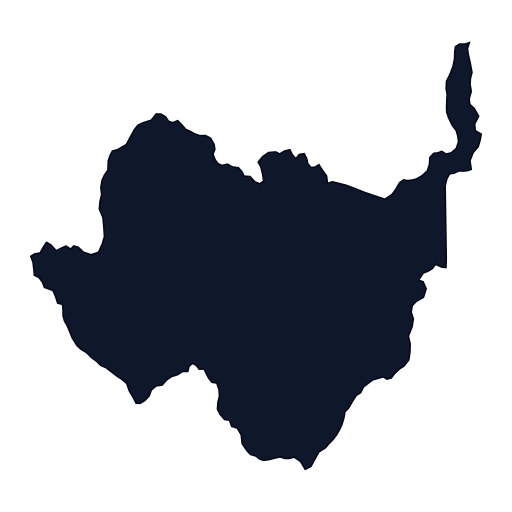 Corupá, Santa Catarina, Brazil
{"feature_id": "56859067B90375091770903", "entity_name": "Corupá", "entity_type": "district", "adm_level": 2, "iso_a3": "BRA", "parent_name": "Brazil", "parent_adm1": "Santa Catarina", "projection": "equal_earth", "projection_center": [-49.314, -26.428], "detail": "fine", "context": "isolated", "style": "filled", "palette": "ink", "viewbox_px": 512, "rotation_deg": 0, "n_neighbors": 0, "source": "geoboundaries", "source_scale": "gbopen_adm2", "svg_char_len": 3375}
<svg xmlns="http://www.w3.org/2000/svg" viewBox="0 0 512 512"><path d="M305.2,469.4L311.0,466.4L314.4,460.1L318.9,452.0L325.6,447.7L328.6,444.1L333.0,439.6L336.8,434.6L339.9,429.0L342.0,424.4L343.9,418.0L345.0,411.8L348.6,408.1L352.3,401.7L356.3,395.4L360.7,392.7L363.5,387.0L367.7,383.7L372.7,380.0L379.3,378.0L383.4,376.9L386.9,379.2L391.3,378.0L394.7,373.5L399.7,368.8L403.9,366.2L408.8,360.0L410.0,352.1L410.2,343.9L408.4,336.1L412.1,326.8L413.4,318.9L411.2,312.2L412.3,305.6L416.3,301.4L423.5,297.3L426.2,288.7L423.1,281.7L418.6,280.2L423.2,273.2L428.5,271.0L432.5,268.5L435.5,264.3L441.6,267.1L446.0,267.6L446.3,258.9L445.2,185.8L446.9,178.7L449.6,173.9L453.8,173.3L458.9,170.9L463.1,171.1L467.1,170.8L471.3,169.4L470.0,160.7L473.2,152.5L478.2,146.8L480.1,140.4L481.3,134.1L475.3,130.6L474.7,124.0L478.7,116.2L474.2,108.3L469.9,104.4L469.2,98.7L471.3,91.4L470.1,84.1L470.5,78.4L472.0,72.4L470.3,63.2L468.4,54.8L467.5,48.6L469.4,42.6L465.2,44.0L459.6,44.0L455.4,46.6L454.7,51.7L454.5,58.9L453.0,66.3L450.1,73.9L446.5,81.2L446.1,88.6L447.1,94.2L446.8,100.1L446.5,106.6L446.7,112.2L448.6,117.9L452.2,125.2L456.2,130.6L457.8,136.2L458.5,141.8L456.2,148.5L451.2,152.8L446.1,154.0L441.7,151.3L437.9,152.8L433.7,153.3L429.8,157.5L429.4,164.6L427.3,170.8L422.4,175.4L416.9,178.7L413.0,179.9L407.4,180.6L403.6,179.8L399.6,182.6L395.9,189.1L391.9,194.5L384.8,199.2L364.4,192.3L354.9,188.5L345.8,185.1L332.2,181.7L327.5,183.5L326.6,175.9L322.5,170.2L318.9,164.6L315.1,167.1L311.1,167.5L307.8,163.7L306.7,158.4L304.2,153.6L299.3,154.4L295.8,158.7L292.2,154.4L289.9,149.7L284.4,151.0L279.7,153.9L275.7,151.9L268.6,152.5L262.7,156.5L258.1,162.1L260.8,166.9L262.7,174.5L263.6,181.2L259.7,183.7L254.9,181.8L250.1,176.5L244.1,176.1L241.9,171.6L238.5,167.7L232.4,166.9L227.5,164.1L221.8,165.4L217.9,163.5L215.2,159.8L213.0,154.2L214.9,149.4L214.1,144.3L210.6,138.1L205.4,135.5L199.7,135.6L194.1,133.6L190.5,131.4L185.8,129.4L181.4,124.3L177.7,120.6L172.7,122.7L168.6,121.3L165.8,117.0L161.2,114.1L156.2,113.9L151.3,120.1L142.6,122.9L138.0,125.1L134.5,129.4L130.0,137.5L126.3,144.5L121.2,147.5L117.4,149.7L112.4,151.0L110.1,155.3L108.2,160.9L107.9,170.0L104.3,175.3L102.0,180.4L100.8,187.4L101.6,194.5L100.0,201.3L99.3,209.0L102.9,217.5L103.8,227.2L104.4,236.7L102.1,244.3L98.5,252.2L91.2,254.7L83.6,252.2L78.1,247.1L73.7,245.9L70.7,249.1L66.1,246.0L61.7,247.9L56.2,250.7L51.0,244.9L46.5,242.3L43.6,246.6L40.0,253.0L34.7,253.8L30.7,256.3L33.0,262.4L33.9,270.2L34.3,275.3L38.9,277.5L42.3,282.0L44.4,287.4L48.2,288.8L52.9,290.5L55.6,296.6L57.6,303.1L62.5,304.5L63.0,309.6L63.0,315.6L64.5,321.2L67.0,325.3L69.5,331.3L72.3,338.1L77.1,345.8L81.4,349.6L86.5,352.6L91.4,357.5L96.6,361.4L101.0,365.6L105.9,367.6L112.7,372.9L117.9,376.9L121.6,379.1L126.8,383.6L129.1,390.6L133.4,397.9L136.1,403.3L140.3,403.3L144.8,400.6L149.1,396.1L151.4,390.0L156.2,385.9L162.1,385.1L166.7,380.0L171.4,376.7L177.9,374.6L182.5,371.5L187.8,371.5L189.2,366.1L192.6,363.4L196.2,365.4L199.2,369.3L204.0,369.0L206.1,373.3L208.4,377.8L211.8,382.3L216.7,383.1L219.0,389.6L219.4,396.1L217.9,402.2L217.4,409.2L220.0,414.3L224.6,419.6L229.5,420.2L231.6,426.4L237.2,428.1L241.2,434.9L242.1,443.6L244.8,447.7L247.5,451.4L250.5,454.5L255.5,455.9L259.7,459.1L263.5,460.4L269.2,459.6L274.6,458.2L280.0,457.0L285.0,458.5L289.0,458.5L294.2,457.2L300.5,461.5L305.2,469.4Z" fill="#0f172a" stroke="#020617" stroke-width="1.5"/></svg>